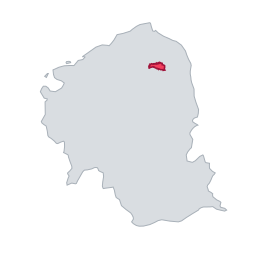 Kralanh, Siemréab, Cambodia shown in context, rotated 81°
{"feature_id": "14789045B14092242539630", "entity_name": "Kralanh", "entity_type": "district", "adm_level": 2, "iso_a3": "KHM", "parent_name": "Cambodia", "parent_adm1": "Siemréab", "projection": "albers", "projection_center": [103.469, 13.548], "detail": "fine", "context": "in_parent", "style": "filled", "palette": "rose", "viewbox_px": 256, "rotation_deg": 81, "n_neighbors": 0, "source": "geoboundaries", "source_scale": "gbopen_adm2", "svg_char_len": 5096}
<svg xmlns="http://www.w3.org/2000/svg" viewBox="0 0 256 256"><g transform="rotate(81 128 128)"><path d="M224.5,43.4L225.2,45.5L223.6,49.6L222.0,53.3L218.9,56.6L218.8,59.0L217.8,66.1L218.2,68.4L219.0,70.3L220.1,71.3L222.9,78.2L225.6,84.5L228.1,89.6L228.6,92.9L226.5,101.3L223.9,109.0L224.2,112.8L225.5,116.6L226.8,121.6L227.3,128.1L226.7,132.4L225.6,135.0L223.3,137.7L221.3,139.1L218.8,136.9L216.9,136.8L214.3,137.6L212.3,138.6L208.2,142.7L203.7,146.6L197.4,147.6L194.9,150.5L192.3,151.0L187.2,151.2L184.0,151.9L184.1,153.3L183.9,160.1L184.0,161.7L183.5,162.1L181.3,162.4L177.4,161.4L172.1,159.7L168.4,159.5L166.5,162.5L165.4,163.7L164.0,163.9L162.5,164.4L162.0,165.7L161.9,167.4L162.7,170.2L163.0,174.7L162.8,177.7L164.2,179.6L172.3,186.1L174.7,187.7L174.9,188.6L173.6,192.2L174.9,197.1L172.4,197.1L168.2,195.0L166.2,193.7L163.7,194.8L162.9,194.6L161.2,192.1L159.1,189.7L156.9,189.5L152.2,190.5L147.4,191.3L145.6,191.3L144.9,191.7L142.2,195.5L141.0,194.8L136.2,193.5L131.8,193.0L130.9,193.9L131.5,196.9L132.4,199.9L131.9,201.2L129.5,202.7L126.3,205.5L124.4,207.7L123.0,208.3L118.2,208.2L113.3,208.5L111.4,210.6L109.6,212.2L108.0,212.6L101.7,207.6L89.2,205.8L87.8,203.6L86.6,203.2L85.4,206.1L78.5,208.9L75.7,207.2L73.5,205.1L73.9,202.6L75.9,200.6L79.3,199.1L80.8,194.0L78.2,187.4L76.0,185.5L73.6,183.9L71.0,186.4L68.9,190.6L66.7,192.7L63.5,193.2L58.9,193.0L57.2,186.8L56.6,181.4L57.2,175.3L57.9,171.6L53.5,166.6L53.3,161.9L51.2,159.4L50.5,160.6L50.6,162.0L50.0,161.0L43.1,147.0L41.9,140.5L43.1,135.5L43.8,133.8L41.8,131.2L39.0,128.2L34.1,124.2L33.8,118.0L32.7,110.7L31.2,108.3L28.9,103.7L27.7,100.0L27.4,90.2L28.0,89.4L31.5,89.1L36.0,88.4L36.7,86.8L35.9,85.5L38.8,83.3L43.0,78.4L46.2,73.3L48.5,70.1L49.9,66.9L54.5,62.3L60.9,59.2L65.2,58.5L69.7,57.4L74.0,55.9L76.1,55.8L81.5,57.6L84.4,58.1L87.4,58.0L90.6,58.2L93.3,58.0L99.9,56.7L106.9,57.7L113.1,56.9L120.8,55.4L124.6,56.3L128.0,57.7L128.5,60.7L129.3,62.1L130.5,63.1L132.0,63.1L134.0,61.0L135.6,58.9L136.1,58.5L136.2,59.5L137.1,61.9L138.6,64.1L140.1,65.7L142.6,67.7L144.2,67.8L149.4,65.8L157.4,68.5L158.3,69.9L160.9,72.7L163.7,74.7L169.8,74.8L172.0,69.8L170.9,66.7L167.3,61.5L166.3,58.3L167.4,57.8L173.4,57.1L174.4,56.5L175.6,53.0L177.2,53.4L180.6,53.8L184.0,51.4L186.0,48.9L187.2,50.0L188.4,51.7L189.8,52.7L192.3,54.2L195.1,56.2L196.9,58.3L198.3,59.0L201.8,58.4L202.7,58.5L204.7,56.0L206.2,54.6L207.4,55.0L209.2,54.9L212.8,51.7L214.9,48.7L216.0,47.9L219.3,49.3L220.7,49.0L222.5,45.0L224.5,43.4ZM54.8,178.5L54.1,178.9L53.5,178.9L52.8,178.3L52.9,176.0L53.4,174.7L54.5,174.4L54.8,178.5ZM65.3,200.7L63.9,202.2L61.6,199.1L61.7,198.2L65.3,200.7Z" fill="#d9dde1" stroke="#a8b0b8" stroke-width="1"/><path d="M68.7,85.6L68.5,85.8L68.4,86.0L68.4,86.3L68.6,86.3L68.6,86.5L68.8,86.6L68.7,86.7L68.4,86.6L68.4,87.0L68.2,87.0L68.3,87.2L68.4,87.3L68.3,87.5L68.5,87.6L68.5,87.4L68.7,87.5L68.8,87.4L68.8,87.6L68.7,87.7L69.0,87.8L69.0,88.1L68.7,88.1L68.6,88.3L68.8,88.4L69.0,88.5L68.8,88.6L68.8,88.8L69.0,88.8L69.1,88.7L69.1,88.8L69.0,89.0L68.7,89.0L68.8,89.2L68.7,89.3L68.9,89.3L68.8,89.5L68.9,89.4L69.0,89.4L68.9,89.7L68.8,89.8L69.1,89.9L69.0,90.0L69.0,90.3L69.0,90.5L68.9,90.7L69.0,90.8L68.9,90.9L68.9,91.0L69.0,91.0L68.9,91.0L69.0,91.2L69.0,91.3L68.9,91.2L68.7,91.2L68.7,91.3L68.8,91.5L68.9,91.8L69.0,91.7L69.0,91.8L68.8,91.8L68.8,92.0L68.7,92.0L68.6,91.9L68.6,92.0L68.5,92.3L68.6,92.5L68.5,92.8L68.5,93.0L68.8,93.0L69.0,93.2L69.0,93.3L68.9,93.3L68.8,93.5L68.7,93.5L68.6,93.9L68.6,94.0L68.5,94.3L68.4,94.4L68.4,94.5L68.2,94.8L68.3,94.9L68.3,95.2L68.4,95.4L68.5,95.4L68.6,95.5L68.7,95.8L68.8,95.8L68.8,96.0L69.0,96.3L68.9,96.4L69.0,96.4L68.9,96.4L68.9,96.5L69.1,96.8L69.0,97.0L69.1,96.9L69.2,97.0L69.3,97.0L69.5,97.2L69.7,97.3L69.8,97.2L69.8,97.3L70.0,97.3L70.2,97.5L70.3,97.4L70.4,97.5L70.7,97.5L70.8,97.8L71.1,97.8L71.3,97.7L71.5,97.5L71.8,97.8L72.0,97.9L72.2,97.7L72.0,97.4L72.0,97.2L71.9,97.0L71.9,96.8L71.8,96.7L71.8,96.4L71.6,96.1L71.7,95.7L71.6,95.1L71.5,94.8L71.5,94.6L71.5,94.2L71.3,93.9L71.3,93.7L71.7,93.3L71.9,93.3L71.9,93.2L71.7,93.0L71.9,92.8L72.1,92.6L72.1,92.4L72.1,92.2L72.3,92.1L72.2,92.0L72.3,91.9L72.2,91.9L72.3,91.9L72.6,91.8L72.7,91.7L72.8,91.6L73.0,91.5L73.1,91.2L73.3,90.8L73.3,90.7L73.5,90.5L73.6,90.4L73.6,90.2L73.8,90.2L73.8,89.9L74.1,89.9L74.2,89.7L74.3,89.6L74.3,89.4L74.4,89.1L74.3,88.9L74.4,88.4L74.5,88.4L74.4,88.3L74.5,88.2L74.7,87.9L74.8,87.8L74.8,87.7L75.0,87.4L75.1,87.2L75.3,86.9L75.4,86.6L75.5,86.6L75.6,86.4L75.6,86.2L75.6,85.9L75.6,85.7L75.7,85.4L75.7,85.2L75.8,85.0L75.8,84.8L75.8,84.7L76.1,84.5L76.1,84.4L76.3,84.3L76.6,84.3L76.6,83.2L76.6,82.5L76.4,82.6L76.2,82.7L75.9,82.7L75.9,82.8L75.7,82.9L75.6,83.0L75.4,82.8L75.2,82.8L74.9,82.8L74.7,82.7L74.3,82.6L74.2,82.6L74.0,82.4L73.9,82.4L73.7,82.2L73.4,82.2L73.2,82.3L73.1,82.2L72.9,82.2L72.7,82.1L72.4,82.0L72.1,82.2L72.0,82.3L71.9,82.3L71.7,82.5L71.6,82.9L71.5,83.0L71.4,83.0L71.3,83.3L71.2,83.4L71.0,83.6L70.9,83.8L70.7,83.9L70.6,84.1L70.4,84.1L70.2,84.1L70.3,84.2L70.2,84.2L69.9,84.3L70.0,84.3L69.9,84.5L69.7,84.7L69.6,84.8L69.4,84.8L69.3,85.0L69.2,85.0L69.0,85.3L68.8,85.3L68.7,85.4L68.7,85.5L68.7,85.6Z" fill="#f43f5e" stroke="#9f1239" stroke-width="1.5"/></g></svg>